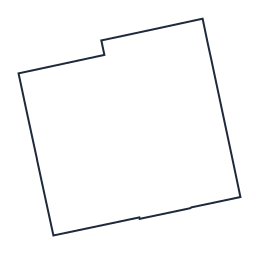 the district of Eddy, New Mexico, United States of America, rotated 258°
{"feature_id": "52423323B75257919011753", "entity_name": "Eddy", "entity_type": "district", "adm_level": 2, "iso_a3": "USA", "parent_name": "United States of America", "parent_adm1": "New Mexico", "projection": "natural_earth1", "projection_center": [-104.354, 32.483], "detail": "fine", "context": "isolated", "style": "outline", "palette": "slate", "viewbox_px": 256, "rotation_deg": 258, "n_neighbors": 0, "source": "geoboundaries", "source_scale": "gbopen_adm2", "svg_char_len": 448}
<svg xmlns="http://www.w3.org/2000/svg" viewBox="0 0 256 256"><g transform="rotate(258 128 128)"><path d="M36.7,120.5L36.7,127.7L36.6,172.1L37.2,173.5L37.1,223.6L70.2,223.7L70.6,223.7L88.3,223.7L121.1,223.7L170.5,223.7L177.7,223.7L194.6,223.6L215.2,223.7L219.4,223.7L219.2,153.7L219.2,120.1L204.4,120.1L204.2,32.3L166.1,32.3L116.4,32.5L115.8,32.4L85.4,32.5L38.4,32.7L38.2,120.5L36.7,120.5Z" fill="none" stroke="#1e293b" stroke-width="2"/></g></svg>